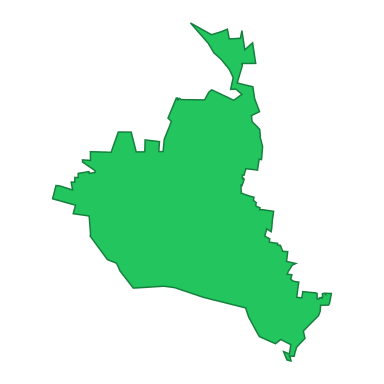 Parras, Coahuila, Mexico (Mercator projection)
{"feature_id": "50627088B64269988161187", "entity_name": "Parras", "entity_type": "district", "adm_level": 2, "iso_a3": "MEX", "parent_name": "Mexico", "parent_adm1": "Coahuila", "projection": "mercator", "projection_center": [-102.042, 25.588], "detail": "fine", "context": "isolated", "style": "filled", "palette": "green", "viewbox_px": 384, "rotation_deg": 0, "n_neighbors": 0, "source": "geoboundaries", "source_scale": "gbopen_adm2", "svg_char_len": 4824}
<svg xmlns="http://www.w3.org/2000/svg" viewBox="0 0 384 384"><path d="M288.3,271.5L292.2,265.2L295.8,263.5L286.5,261.4L287.3,255.3L287.7,251.6L285.3,251.5L284.5,251.4L282.7,251.3L280.5,245.7L280.3,245.6L280.3,245.4L279.8,245.3L279.6,245.4L279.4,245.5L279.3,245.4L279.5,245.2L277.4,244.9L277.6,243.3L269.3,242.2L269.7,238.8L264.8,236.2L266.7,228.8L271.1,231.7L271.5,229.5L271.7,228.6L272.0,224.8L272.0,224.7L272.4,219.7L272.5,219.0L272.9,216.6L273.6,211.3L270.2,210.8L262.8,209.7L259.6,209.7L260.0,207.8L256.4,206.4L255.7,205.0L256.3,202.7L253.4,200.4L254.0,197.3L249.1,195.9L243.9,194.1L242.4,193.4L241.1,193.0L241.2,190.6L241.1,189.6L241.1,189.4L241.1,189.1L241.1,188.9L241.1,188.7L241.1,188.3L241.1,188.1L241.1,187.9L241.1,187.7L241.1,187.3L241.1,185.1L242.0,185.6L242.1,185.4L242.5,184.1L242.8,183.4L242.9,183.2L243.0,182.8L243.2,182.3L243.7,180.7L244.0,179.8L244.2,179.2L242.9,178.8L243.1,178.2L242.5,178.3L241.7,178.4L242.4,178.2L242.3,175.2L244.0,175.2L244.5,173.4L245.4,170.5L245.5,170.4L245.8,168.7L256.1,169.9L256.4,170.0L257.5,170.1L257.6,169.0L258.5,163.4L259.2,159.2L261.5,159.6L262.6,146.7L260.0,136.4L260.4,136.1L259.7,129.4L257.5,127.0L257.1,126.6L254.3,123.9L253.9,123.5L252.6,122.2L251.9,120.8L251.6,116.3L251.5,115.6L259.5,111.6L254.6,98.5L252.9,86.8L237.2,83.0L242.4,65.4L241.9,63.5L255.7,63.4L252.6,42.8L244.8,49.8L241.9,30.6L240.4,38.3L229.2,38.9L227.4,29.2L221.2,31.7L211.5,34.7L190.5,23.0L205.9,40.6L207.0,41.9L208.1,43.1L214.0,53.0L218.0,56.5L218.6,57.0L219.7,58.0L221.2,59.4L229.4,69.5L233.2,77.7L230.6,89.4L235.8,89.1L241.9,94.3L233.8,100.3L211.7,89.8L208.8,92.2L204.6,99.9L181.0,99.6L180.3,99.0L180.0,98.6L179.5,98.6L179.2,98.4L178.7,98.7L178.7,99.2L178.3,99.7L177.7,100.1L177.2,98.8L177.3,98.0L176.8,98.1L176.3,98.1L171.8,109.0L168.0,118.1L171.4,121.4L170.5,123.6L169.7,125.8L169.0,127.6L168.1,129.7L167.1,132.2L166.0,134.9L165.0,137.5L164.3,139.1L163.5,147.1L163.1,151.6L158.8,151.6L159.1,146.9L159.1,146.5L159.5,141.6L147.5,140.2L145.1,139.9L144.8,151.8L141.4,151.9L136.2,151.9L131.2,132.1L118.3,132.0L116.1,138.2L111.1,152.3L110.8,152.3L110.6,152.3L110.4,152.3L110.2,152.3L109.9,152.3L109.7,152.2L109.3,152.2L109.1,152.2L108.8,152.2L108.6,152.2L108.4,152.2L108.2,152.2L107.7,152.2L107.3,152.2L107.1,152.2L106.8,152.2L106.6,152.2L106.4,152.2L106.2,152.1L105.7,152.1L105.3,152.1L105.1,152.1L104.9,152.1L104.6,152.1L104.4,152.1L104.2,152.1L103.7,152.1L103.3,152.1L103.1,152.1L102.8,152.0L102.6,152.0L102.4,152.0L102.2,152.0L101.7,152.0L101.3,152.0L101.1,152.0L100.9,152.0L100.6,152.0L100.4,152.0L100.2,152.0L99.8,152.0L99.5,152.0L99.3,151.9L99.1,151.9L98.8,151.9L98.6,151.9L98.4,151.9L98.2,151.9L97.8,151.9L97.5,151.9L97.3,151.9L97.1,151.9L96.9,151.9L96.7,151.9L96.4,151.9L96.2,151.9L95.8,151.8L95.5,151.8L95.3,151.8L95.1,151.8L94.9,151.8L94.6,151.8L94.4,151.8L94.2,151.8L93.7,151.8L93.3,151.8L93.1,151.8L92.9,151.8L92.6,151.8L92.4,151.7L92.2,151.7L91.7,151.7L91.3,151.7L91.1,151.7L90.8,151.7L90.6,151.7L90.4,151.7L90.5,160.4L82.5,159.9L82.5,160.0L82.6,162.1L95.0,170.6L95.2,172.4L90.5,173.2L89.2,173.4L89.0,171.6L83.0,172.6L78.2,173.4L78.2,177.6L74.9,177.4L74.8,179.7L74.8,179.8L74.8,182.1L71.2,182.1L72.6,190.0L59.7,185.9L56.0,185.5L52.6,198.8L75.5,205.2L73.2,213.7L88.7,215.9L89.2,216.8L90.4,231.8L90.5,235.9L90.2,236.1L107.4,259.6L111.7,261.3L116.3,263.1L118.3,266.8L119.9,270.8L122.4,274.0L133.3,288.1L145.0,287.4L152.7,286.9L163.9,286.2L169.2,286.9L174.5,287.6L191.2,293.2L191.4,293.3L203.0,297.2L205.3,297.8L216.3,300.6L216.5,300.6L219.4,301.3L232.0,304.5L245.6,307.9L247.0,312.0L248.7,317.1L249.6,318.7L252.7,324.5L254.6,328.0L255.7,330.1L259.4,336.6L264.6,338.9L266.6,339.8L267.2,340.1L267.9,340.4L268.6,340.7L273.1,342.7L275.5,343.7L280.8,339.5L289.8,344.1L290.8,344.6L290.4,347.6L290.3,347.9L290.3,348.1L290.3,348.3L289.7,352.0L289.4,353.9L283.6,351.6L286.4,358.6L286.5,358.7L286.5,358.9L286.6,359.0L287.0,360.0L291.0,361.0L290.3,357.6L289.9,357.3L289.2,356.0L292.2,356.2L294.2,356.3L294.5,355.0L294.9,352.8L296.4,348.1L296.4,347.4L300.8,342.7L305.0,338.4L303.9,333.6L303.4,330.9L308.2,326.1L308.3,325.9L318.5,315.7L320.1,311.5L320.4,308.8L320.6,305.3L322.0,305.2L322.7,305.2L328.5,305.1L329.5,303.3L330.7,297.3L330.7,297.1L330.8,296.8L331.4,293.5L328.9,293.4L325.8,293.3L325.7,294.4L325.2,293.7L324.7,293.2L322.4,293.7L322.5,297.7L321.7,298.1L321.4,297.5L321.1,297.5L320.8,297.7L320.3,297.9L320.1,297.9L319.9,297.8L319.8,297.7L319.7,297.7L319.5,297.8L319.1,298.2L319.0,298.6L318.9,299.1L318.2,299.1L317.1,299.0L317.1,293.4L315.3,292.8L313.6,292.7L312.7,292.6L308.6,292.2L302.8,291.6L301.8,297.9L301.0,297.8L300.8,297.8L300.6,297.8L300.1,297.7L299.3,297.6L296.7,297.3L297.9,288.1L298.2,285.9L298.8,282.1L296.2,281.8L294.8,281.5L292.8,280.9L290.7,279.2L291.7,275.4L291.8,275.2L291.9,274.9L291.9,274.7L287.2,274.3L288.3,271.5Z" fill="#22c55e" stroke="#15803d" stroke-width="1.5"/></svg>